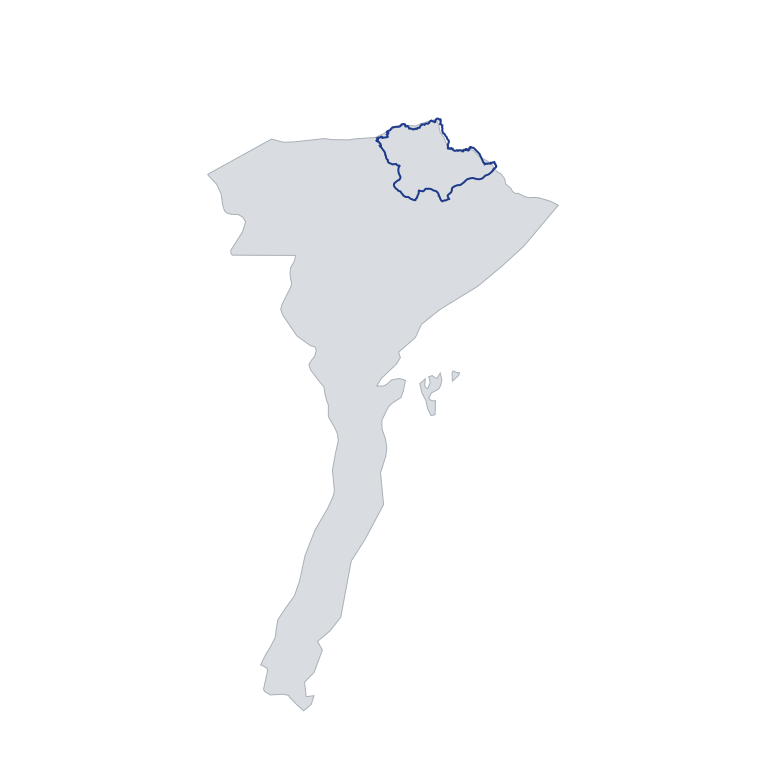 Sela, Anseba, Eritrea shown in context, rotated 67°
{"feature_id": "51966322B36323877774800", "entity_name": "Sela", "entity_type": "district", "adm_level": 2, "iso_a3": "ERI", "parent_name": "Eritrea", "parent_adm1": "Anseba", "projection": "orthographic", "projection_center": [37.406, 16.89], "detail": "fine", "context": "in_parent", "style": "outline", "palette": "blue", "viewbox_px": 768, "rotation_deg": 67, "n_neighbors": 0, "source": "geoboundaries", "source_scale": "gbopen_adm2", "svg_char_len": 8377}
<svg xmlns="http://www.w3.org/2000/svg" viewBox="0 0 768 768"><g transform="rotate(67 384 384)"><path d="M122.1,464.3L119.6,440.5L118.0,424.6L116.2,407.7L114.6,391.8L122.2,382.1L125.8,372.8L134.9,342.7L138.6,336.7L145.7,320.6L146.7,315.9L153.7,295.6L153.1,282.1L151.7,268.4L155.6,260.3L159.0,253.8L158.8,248.4L160.3,235.6L161.4,232.5L165.6,232.3L174.1,233.9L180.4,232.6L187.7,232.6L193.3,232.2L196.6,228.4L201.1,213.5L204.0,210.5L206.3,209.6L212.7,206.9L218.1,202.5L222.6,199.4L224.2,198.8L229.0,198.4L233.7,196.5L235.8,194.4L241.8,192.8L247.6,193.7L251.5,191.8L254.1,190.6L257.1,190.5L259.8,188.8L260.8,186.1L262.6,184.5L267.1,180.6L269.2,177.8L270.1,175.0L271.0,172.7L273.0,168.9L280.8,159.4L287.6,153.8L311.8,201.5L321.7,229.7L330.6,259.2L337.3,303.5L343.6,326.0L353.5,337.0L360.4,358.0L366.2,358.7L370.4,364.5L377.8,384.2L383.0,391.5L385.7,385.1L385.3,381.5L383.2,375.4L385.0,367.5L389.0,362.8L398.2,369.1L403.2,373.9L404.7,383.6L406.8,388.9L416.6,400.2L424.7,403.4L435.2,404.1L444.0,406.4L451.1,410.5L464.4,421.9L494.8,431.5L519.6,462.1L534.2,483.4L581.9,515.0L590.3,530.5L594.9,545.7L604.8,544.7L622.1,561.0L627.4,573.6L641.4,577.8L643.6,570.2L650.5,576.2L653.4,585.7L644.6,589.8L634.8,593.5L633.4,593.4L630.2,597.9L625.8,610.1L620.7,613.8L618.0,614.2L602.5,603.2L600.1,602.7L596.8,605.0L594.4,607.3L587.1,599.0L581.8,591.5L574.3,582.7L567.2,578.8L559.5,573.8L551.8,562.2L544.0,549.3L532.5,538.8L511.2,523.8L491.6,504.7L476.5,484.5L466.9,474.1L462.8,471.4L443.1,465.1L429.2,456.0L418.6,448.4L412.1,446.4L405.8,446.3L392.4,448.0L381.2,443.3L376.6,443.3L369.1,442.0L363.2,440.4L356.4,442.5L342.3,446.1L336.5,445.4L333.3,440.6L331.4,436.9L326.5,433.1L322.5,433.2L320.2,436.6L305.6,445.4L280.9,450.3L275.1,450.0L270.7,446.6L258.2,431.8L254.6,429.4L251.8,429.2L246.0,427.5L240.6,424.6L235.9,418.6L231.1,415.1L226.0,427.0L217.1,447.8L212.3,459.0L206.1,473.3L204.2,473.8L201.0,472.7L188.7,454.9L180.9,448.1L175.2,448.8L170.9,452.1L168.3,458.0L165.4,461.7L162.2,463.2L155.5,462.4L145.2,459.6L134.5,460.1L123.6,464.2L122.1,464.3ZM410.8,343.8L414.2,348.2L416.5,347.7L418.3,346.2L419.5,343.1L432.2,349.0L431.5,353.1L424.0,353.5L415.3,351.9L407.3,352.6L397.7,350.9L395.4,344.0L401.5,347.3L404.7,346.4L405.2,345.5L400.8,340.9L394.8,340.0L395.1,336.3L397.8,334.8L399.5,333.0L395.9,328.0L402.8,329.1L407.1,332.1L410.0,335.6L410.8,343.8ZM405.3,311.9L408.0,319.9L400.2,316.9L398.9,315.3L402.3,312.1L403.0,310.1L405.3,311.9Z" fill="#d9dde1" stroke="#a8b0b8" stroke-width="1"/><path d="M230.1,200.2L229.7,200.2L229.3,199.7L229.0,199.3L229.1,198.6L228.9,198.2L228.6,197.9L228.5,197.2L228.5,196.8L228.4,196.5L228.2,196.2L227.7,195.9L227.6,195.6L227.4,195.6L227.2,195.7L226.9,195.8L226.5,195.5L225.7,195.7L224.8,195.5L224.7,195.6L224.6,195.9L224.1,196.0L222.8,195.7L222.7,196.4L222.7,197.3L222.4,197.9L222.4,198.1L222.5,198.4L222.3,198.6L222.2,198.9L222.4,198.9L222.4,199.1L222.7,199.2L222.8,200.0L222.5,200.6L221.8,201.5L221.6,202.0L221.8,202.6L221.3,203.2L221.4,203.4L221.2,203.8L221.2,204.4L221.1,204.7L221.1,205.5L219.8,205.2L219.4,205.9L209.4,206.2L201.6,209.3L201.1,210.4L200.8,210.8L200.4,210.9L200.4,211.6L200.0,211.5L199.6,211.8L199.7,212.5L200.1,213.2L200.8,213.7L201.6,214.0L202.0,214.6L202.0,215.2L201.9,215.4L201.2,215.8L200.2,215.9L200.0,216.1L199.9,216.6L200.3,216.8L200.5,217.1L199.9,217.3L200.1,217.6L200.1,217.9L200.2,218.1L199.9,218.6L199.7,218.8L199.9,219.1L200.1,219.7L200.8,220.0L200.7,220.7L200.4,221.0L199.6,221.0L199.0,221.9L198.8,222.6L198.6,223.0L198.1,223.5L198.1,224.0L198.3,224.9L198.2,225.1L197.5,225.3L197.2,225.6L197.2,226.0L197.3,226.3L197.1,227.4L197.1,227.6L196.3,228.5L195.3,228.9L194.3,228.8L194.2,229.4L193.9,229.6L193.8,229.8L193.6,230.0L193.3,230.0L193.5,230.7L193.3,230.8L193.2,231.0L192.8,231.1L192.8,231.7L192.9,231.9L192.8,232.3L192.1,232.7L192.0,233.1L191.7,233.0L191.2,232.5L190.4,232.5L190.0,232.0L188.9,232.0L188.7,232.0L188.4,231.7L188.3,231.3L188.2,231.1L186.7,230.1L186.5,229.6L186.2,229.4L185.3,229.4L184.8,229.3L184.4,229.5L184.1,229.8L183.8,229.9L183.3,230.0L182.8,229.9L182.2,230.0L181.6,229.8L180.9,230.0L179.8,230.4L179.1,230.4L178.2,230.6L177.4,230.6L177.0,230.9L176.5,231.5L176.0,231.6L175.3,231.6L174.1,231.3L173.1,231.3L172.6,231.0L171.7,230.3L171.5,230.2L171.0,230.3L170.4,230.3L168.8,229.2L168.2,229.7L167.6,229.8L167.1,230.3L166.9,230.8L166.6,230.8L165.9,230.1L165.4,229.7L165.0,229.4L164.4,229.5L164.3,229.4L164.4,229.2L164.0,228.9L163.4,229.0L162.8,228.6L162.5,228.8L162.3,228.8L162.2,229.0L162.0,229.4L162.2,229.7L162.0,230.1L161.8,230.2L160.7,230.7L160.4,231.6L160.9,233.1L161.4,233.8L161.6,233.9L162.4,234.0L162.6,234.2L162.9,234.7L162.9,235.0L162.2,235.4L162.1,235.6L161.7,235.9L161.6,236.1L161.2,236.5L160.9,236.7L160.6,237.2L160.0,237.5L160.2,239.0L160.3,239.5L160.8,240.0L161.4,240.5L161.4,241.1L161.6,241.7L161.5,242.1L160.9,242.8L160.6,244.0L160.6,244.3L161.2,245.1L161.3,245.4L160.8,245.9L160.4,246.6L160.1,246.9L159.8,247.4L160.2,247.9L160.3,248.4L160.2,248.7L160.5,249.1L160.7,249.6L161.4,250.5L161.8,250.8L162.0,250.9L161.9,251.7L161.4,252.7L161.4,252.9L161.6,253.4L162.1,254.0L161.6,254.4L161.5,254.8L161.5,255.2L161.2,255.5L161.2,255.9L161.4,256.2L161.1,256.6L161.1,257.8L160.7,258.2L160.0,258.6L159.7,258.9L159.3,259.6L159.2,260.2L158.9,260.5L158.8,261.0L158.6,261.1L158.4,261.1L158.1,260.8L157.6,261.1L156.9,261.1L155.9,261.3L155.6,261.7L155.6,262.1L155.7,262.8L155.6,263.2L155.3,263.6L154.8,263.7L153.7,263.2L153.4,263.2L153.0,263.4L152.9,263.6L152.6,263.9L152.5,264.2L152.2,264.5L152.1,265.6L151.9,266.2L152.1,266.7L152.9,267.8L153.1,268.1L153.1,269.4L152.9,269.8L152.7,270.9L152.3,271.5L152.0,272.0L151.5,274.5L151.2,275.0L151.1,276.0L151.7,277.4L151.9,278.0L152.7,279.0L152.8,279.3L152.7,279.7L152.7,280.4L152.6,281.0L152.7,281.5L152.7,282.2L153.2,283.0L153.7,283.2L154.4,282.3L154.5,281.9L154.9,282.0L155.0,282.3L155.4,282.7L155.9,283.3L155.8,283.9L156.3,283.8L157.1,284.0L157.8,283.9L158.0,284.0L158.0,284.8L157.7,285.0L157.6,286.8L157.0,287.7L157.0,289.1L156.8,289.2L156.8,289.3L156.5,289.3L156.1,289.2L155.6,289.4L155.3,289.6L155.5,290.4L155.4,290.7L155.6,291.1L155.4,291.6L155.3,292.3L155.1,292.4L155.1,292.5L155.1,293.4L155.4,293.1L155.6,293.1L155.7,293.3L155.6,293.8L155.7,294.0L156.5,294.2L156.9,294.2L157.0,294.5L156.8,295.0L156.3,295.0L156.8,295.5L156.9,295.8L157.0,295.9L157.3,295.9L157.3,295.7L158.4,295.1L158.8,294.3L160.7,293.9L161.0,293.6L161.5,293.4L162.3,293.6L163.1,293.5L163.5,293.7L163.1,294.1L163.0,294.8L163.6,294.8L164.4,294.5L165.2,294.0L165.9,293.9L166.1,293.8L166.9,293.7L168.4,293.3L168.7,293.3L169.3,293.0L170.2,293.0L170.7,292.8L172.1,292.8L172.4,292.9L172.6,293.1L172.9,293.1L173.7,293.4L174.9,293.1L175.6,293.4L177.1,293.7L178.3,293.5L179.4,292.9L180.6,293.5L181.8,293.4L182.1,293.2L182.5,292.8L182.8,292.6L184.6,290.8L185.1,290.5L185.3,289.6L185.8,288.5L186.0,287.3L186.3,286.8L186.7,286.7L187.3,286.6L188.0,286.2L188.4,285.8L188.7,284.9L189.2,284.4L189.4,284.5L190.2,285.6L191.3,286.5L192.2,287.0L193.7,287.6L194.5,287.8L196.6,288.1L198.6,287.9L199.0,288.0L199.8,287.9L200.7,288.4L201.3,289.0L201.9,290.0L202.1,290.7L202.0,291.3L202.1,292.0L202.6,293.9L203.2,295.7L203.5,296.3L204.1,296.8L204.6,297.1L205.9,297.4L208.2,296.9L210.7,295.6L211.8,295.2L212.1,295.0L213.0,293.8L213.3,293.6L215.3,293.3L217.0,292.6L217.6,292.7L218.1,292.6L219.1,291.8L219.9,291.4L220.6,290.3L221.0,289.3L221.5,288.4L223.4,287.5L224.1,286.9L226.1,284.9L226.9,283.8L227.0,283.2L226.7,282.9L226.3,282.7L226.0,282.4L225.6,281.3L225.5,280.9L225.2,280.8L223.6,279.3L222.1,277.6L219.8,276.5L219.6,276.3L219.7,276.1L220.9,274.5L221.5,273.2L221.9,272.7L221.7,271.7L221.0,270.2L220.7,269.8L220.6,269.4L220.7,268.8L221.5,267.6L221.6,266.7L222.4,265.3L223.1,264.3L225.1,262.9L225.5,262.5L226.2,261.4L226.8,260.8L228.1,260.0L229.1,259.9L229.5,259.7L230.6,259.6L231.4,259.7L231.7,259.8L232.1,260.1L232.3,259.9L233.2,259.7L236.4,259.8L237.1,259.7L238.6,259.0L238.6,256.7L238.7,256.4L238.9,256.1L239.0,255.8L239.1,255.5L239.0,252.9L239.1,251.7L238.6,251.7L237.7,252.1L236.2,252.0L235.3,251.7L234.8,250.7L234.4,249.2L233.8,247.4L232.6,246.1L230.5,245.0L229.9,243.9L229.6,242.0L229.6,240.0L229.8,238.3L230.5,236.6L230.5,235.2L229.6,231.6L228.7,229.4L228.1,227.8L228.1,226.4L228.3,224.8L228.8,222.6L229.3,221.3L230.5,220.0L231.5,218.7L232.8,216.2L233.1,214.5L233.1,213.0L232.7,211.7L232.2,210.7L231.7,208.9L231.9,207.7L231.9,205.7L231.5,204.1L230.1,200.2Z" fill="none" stroke="#1e3a8a" stroke-width="2"/></g></svg>